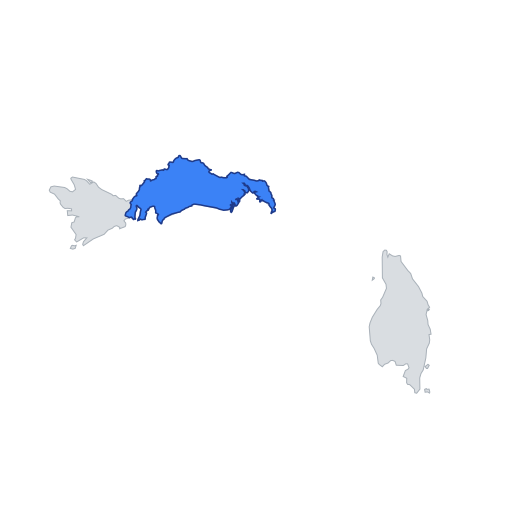 location of Sarawak within Malaysia, rotated 205°
{"feature_id": "MYS-1187", "entity_name": "Sarawak", "entity_type": "State", "adm_level": 1, "iso_a3": "MYS", "parent_name": "Malaysia", "parent_adm1": "", "projection": "mercator", "projection_center": [112.841, 2.907], "detail": "fine", "context": "in_parent", "style": "filled", "palette": "blue", "viewbox_px": 512, "rotation_deg": 205, "n_neighbors": 0, "source": "natural_earth", "source_scale": "10m", "svg_char_len": 9752}
<svg xmlns="http://www.w3.org/2000/svg" viewBox="0 0 512 512"><g transform="rotate(205 256 256)"><path d="M434.3,254.6L431.6,254.1L427.8,251.8L423.9,251.0L412.7,250.9L411.0,250.2L408.8,251.6L404.9,250.4L402.7,250.6L400.2,252.0L396.7,250.7L395.0,252.8L392.7,254.1L390.3,259.7L389.7,266.4L390.2,270.6L389.1,272.8L388.6,277.6L387.8,279.6L384.6,280.5L383.2,279.8L380.4,282.7L379.7,283.9L379.6,288.4L381.8,289.9L381.7,290.8L377.1,294.6L373.1,296.8L372.5,298.8L374.1,302.8L373.4,304.7L371.3,305.6L369.7,310.7L367.8,314.0L367.1,314.4L364.3,313.3L353.7,314.8L350.6,317.5L347.6,319.1L345.2,317.5L344.0,317.7L334.0,314.8L333.6,312.3L332.6,311.8L322.4,312.0L316.0,314.7L313.7,321.1L310.3,321.8L307.8,324.0L303.3,323.8L300.6,324.4L296.3,323.3L292.2,323.2L279.2,327.3L275.0,324.4L262.3,312.8L260.5,310.8L260.1,307.2L258.6,306.6L258.2,305.7L257.9,304.6L259.9,301.7L261.9,305.5L265.1,307.5L270.6,309.0L275.7,308.5L282.9,312.3L285.2,312.9L287.7,312.6L292.2,315.5L294.9,315.6L291.3,313.6L290.6,312.0L291.0,310.4L293.4,308.1L293.7,304.5L295.5,300.9L295.9,299.3L294.6,298.0L294.3,295.8L295.3,292.8L297.7,294.3L299.7,294.0L299.7,288.4L301.2,286.0L303.7,284.4L328.1,278.8L332.2,277.5L334.9,275.9L343.7,264.1L354.2,253.0L355.6,249.1L355.5,246.4L356.1,245.7L357.2,245.3L359.6,246.8L360.8,247.9L362.9,252.6L365.0,252.7L368.4,257.3L369.2,257.9L370.2,257.6L372.9,254.7L373.6,252.5L373.0,252.2L374.3,249.7L373.2,248.2L372.2,242.6L378.4,238.6L378.4,243.2L380.1,249.8L383.2,250.7L384.8,250.3L383.9,248.3L383.6,244.4L382.8,241.9L380.9,238.6L386.0,237.8L390.0,234.3L390.6,232.1L388.0,230.8L387.1,229.1L387.0,227.3L391.1,223.1L391.5,224.3L394.1,224.6L395.3,224.5L397.0,222.8L398.0,220.4L401.1,216.9L402.8,211.5L410.6,202.8L416.8,192.4L418.0,193.3L418.4,196.1L417.0,200.9L419.8,199.7L424.5,192.9L427.2,194.0L427.1,195.9L428.1,199.4L435.9,203.9L437.0,208.3L435.2,210.0L435.8,214.3L435.2,215.6L432.7,216.9L439.6,215.6L443.7,213.1L446.2,217.3L442.2,219.0L443.1,220.8L446.8,219.7L449.1,218.3L451.4,218.6L454.9,220.3L456.0,221.3L456.7,223.3L459.3,224.1L464.7,226.9L469.5,226.9L471.2,228.3L471.1,232.0L468.5,234.1L458.4,237.2L455.7,237.1L452.0,236.0L449.4,236.6L447.7,240.1L450.8,243.7L456.0,247.3L456.7,248.2L455.7,250.0L443.8,252.9L441.4,252.6L437.0,250.8L434.3,254.6ZM51.2,204.6L52.4,199.5L54.3,199.2L56.1,202.2L62.4,204.4L64.3,203.7L65.1,204.2L66.0,204.9L67.7,208.9L71.7,209.0L72.2,215.3L70.4,217.7L70.1,219.4L73.0,222.3L74.7,221.6L76.2,219.0L82.7,216.3L85.4,219.2L87.9,219.2L89.7,218.2L91.1,214.8L93.7,212.2L94.7,209.0L98.5,209.8L99.9,210.5L104.2,217.3L109.8,222.1L114.0,224.8L116.5,227.4L123.5,239.7L124.4,243.6L124.7,249.7L123.6,258.9L122.4,263.5L122.6,265.6L124.4,268.9L123.8,272.0L124.1,281.8L126.2,285.3L132.2,289.6L141.2,308.4L142.7,313.7L141.8,315.8L140.2,316.3L138.9,315.2L138.0,312.7L136.0,310.6L136.2,314.3L132.3,313.8L129.7,314.4L126.5,317.0L125.0,317.1L122.2,312.3L112.1,306.9L108.4,305.5L104.5,301.4L95.7,296.9L90.0,292.5L87.7,289.7L81.9,287.3L79.4,284.5L77.0,282.9L78.3,280.1L77.1,274.8L73.0,270.0L71.1,266.6L67.2,263.3L64.3,259.1L66.0,257.9L63.1,253.4L62.1,250.2L62.1,244.0L59.0,235.4L56.3,223.4L56.8,219.2L56.1,214.7L51.2,204.6ZM424.8,188.5L423.5,189.7L423.1,186.5L424.9,184.8L427.5,184.4L427.5,187.3L426.9,188.1L424.8,188.5ZM45.2,204.0L46.8,206.4L45.6,207.8L44.7,207.4L42.9,208.5L41.0,206.2L40.8,205.1L43.1,205.3L45.2,204.0ZM298.5,293.2L297.9,293.5L296.8,292.7L296.6,286.1L297.3,285.5L298.3,286.8L298.5,293.2ZM56.0,227.3L54.4,230.5L52.8,230.1L53.0,226.5L54.0,226.1L56.0,227.3ZM441.1,254.3L438.1,254.7L435.9,254.7L436.2,252.9L437.2,252.6L441.1,254.3ZM141.2,286.3L139.6,286.3L139.2,285.5L140.4,283.2L141.2,286.3ZM77.5,280.6L76.4,281.0L76.5,279.6L77.3,278.9L77.5,280.6Z" fill="#d9dde1" stroke="#a8b0b8" stroke-width="1"/><path d="M385.4,251.5L385.7,251.1L385.7,250.7L384.1,248.8L383.8,247.9L383.7,247.0L383.9,244.9L383.8,244.4L382.3,240.2L381.8,239.4L381.0,238.9L381.0,238.4L381.7,238.3L382.0,238.2L382.2,237.4L382.4,237.3L382.7,237.3L383.0,237.7L384.1,237.9L384.5,238.4L385.3,238.6L385.9,238.3L387.0,237.2L389.1,237.4L390.8,237.2L391.5,237.3L391.8,237.7L392.2,240.2L391.8,241.6L391.1,242.4L390.9,244.0L390.0,245.6L390.1,247.4L390.6,248.5L390.8,249.8L390.9,250.0L391.8,250.3L392.2,250.6L392.5,251.0L392.6,251.5L392.3,252.4L391.6,253.5L391.6,254.4L391.8,255.2L391.5,257.5L391.2,258.4L390.5,259.5L389.6,260.1L389.6,260.6L390.7,261.5L390.7,262.2L389.9,264.8L389.7,266.5L389.8,267.1L390.4,268.4L390.4,269.6L390.8,270.2L391.0,270.9L390.6,271.2L390.0,271.0L389.6,271.5L389.2,272.5L388.4,275.8L388.4,276.2L389.1,276.9L388.4,277.9L388.0,279.7L386.7,279.9L385.3,280.6L384.6,280.7L384.0,280.4L383.4,279.5L383.1,279.5L382.4,280.8L380.5,282.3L380.0,283.5L379.3,284.0L379.4,284.4L379.9,285.2L380.1,285.6L379.8,286.1L379.2,286.4L379.0,286.7L379.4,287.6L379.0,289.0L379.4,289.3L380.3,289.0L381.1,289.2L382.0,290.2L382.3,291.1L382.0,291.6L380.6,291.8L380.1,292.1L379.3,293.0L378.6,293.4L377.2,294.5L376.4,294.4L376.1,294.6L375.9,295.0L376.0,295.8L375.9,296.1L375.3,296.3L373.6,296.5L372.9,296.9L372.6,297.8L372.4,299.4L372.7,299.9L372.8,301.1L373.0,301.5L374.1,301.4L374.3,301.5L374.4,302.1L374.1,303.2L374.1,304.5L373.8,304.7L372.6,305.2L371.2,305.5L370.8,305.8L370.6,306.3L370.8,307.5L370.5,309.1L370.1,310.2L369.6,311.1L368.5,312.1L368.2,312.5L368.3,314.0L368.2,314.4L367.8,314.7L367.3,314.9L366.8,314.7L365.1,313.5L364.6,313.2L364.1,313.2L360.3,314.7L359.7,315.1L359.4,315.0L358.7,314.3L357.9,314.1L357.0,314.1L353.9,314.6L353.0,315.2L351.6,316.8L348.2,319.2L347.6,319.3L347.0,319.0L345.9,317.7L345.4,317.4L344.9,317.4L343.6,317.9L342.6,317.8L341.0,316.6L340.0,316.2L337.4,315.8L336.7,315.2L335.9,314.8L335.0,314.8L333.0,315.2L332.9,315.0L333.0,314.8L334.1,313.9L334.4,313.0L334.4,312.5L334.2,312.2L333.3,311.8L331.9,311.8L330.7,311.5L330.3,311.6L329.8,312.2L329.5,312.4L328.8,312.2L322.3,311.8L321.7,312.0L320.7,312.8L318.4,313.2L315.9,314.4L315.5,314.8L315.3,315.3L315.4,315.5L315.9,315.5L316.1,316.0L315.3,317.6L314.0,321.2L313.1,321.4L311.4,321.4L310.0,321.8L308.1,324.1L306.7,324.4L304.4,323.6L303.7,323.6L301.8,324.3L301.3,325.1L301.0,325.2L300.6,324.0L300.4,323.8L300.0,323.8L298.7,324.2L298.2,324.1L294.8,322.7L294.3,322.6L289.4,323.9L287.4,324.1L286.8,324.4L285.5,325.4L285.3,325.7L285.3,326.3L285.1,326.4L284.7,326.2L284.0,326.6L283.5,326.5L282.6,327.1L282.3,327.1L281.8,326.6L281.5,326.6L281.1,327.1L280.2,327.6L279.2,327.4L278.2,326.9L277.3,326.3L276.0,324.7L274.7,324.3L274.0,324.5L273.8,324.4L273.7,323.4L271.8,320.5L271.4,320.3L269.7,319.9L269.2,319.6L268.7,318.7L268.3,318.4L267.3,317.7L266.6,316.0L266.3,315.6L265.9,315.4L264.6,315.4L264.2,315.1L263.7,314.0L263.1,314.2L263.1,313.6L262.9,313.4L261.0,311.7L260.3,310.7L260.2,309.3L260.3,307.6L260.2,307.1L259.8,307.0L258.5,306.9L258.0,306.1L257.7,304.4L258.7,303.5L259.3,302.7L259.9,301.7L260.3,300.5L260.7,302.7L260.5,303.7L261.3,305.1L262.2,305.9L263.5,306.4L265.6,307.6L266.5,309.1L267.9,309.1L268.9,308.9L271.7,308.9L272.7,309.3L273.6,308.8L274.4,309.5L274.8,308.7L274.7,308.3L274.7,307.4L274.9,306.9L275.3,306.7L275.6,306.8L275.8,307.4L276.0,307.8L276.1,308.6L276.6,308.9L277.3,309.0L277.5,308.9L277.8,308.5L279.2,308.0L279.5,308.4L279.0,309.1L278.8,310.0L278.3,310.7L279.2,310.4L279.7,310.8L279.8,311.2L280.1,311.3L281.0,311.0L284.0,312.3L284.3,312.8L284.1,313.3L282.9,314.3L284.0,314.3L284.8,313.8L285.0,313.3L284.9,312.2L285.5,311.7L286.5,311.9L288.4,312.6L289.3,313.2L291.0,314.9L293.1,316.1L293.4,316.2L293.9,316.2L295.1,315.6L295.8,315.9L296.6,316.6L297.5,317.0L298.4,316.5L297.1,316.2L296.7,315.3L295.7,315.1L295.2,315.1L294.4,315.5L293.5,315.4L292.4,314.5L291.4,314.1L291.1,313.8L290.7,312.8L290.2,312.4L290.2,312.1L290.2,311.3L290.6,309.7L290.8,309.4L292.6,309.2L293.0,309.3L293.6,310.2L293.9,310.5L294.7,310.2L295.4,310.7L295.9,310.5L295.2,310.3L294.8,310.0L293.8,309.8L293.8,309.6L293.5,309.1L292.8,308.8L292.3,307.9L292.1,307.3L292.9,306.9L292.4,306.4L292.5,306.0L293.8,303.4L294.5,301.3L294.5,300.8L294.6,300.7L295.3,300.9L295.9,300.9L295.3,300.4L295.3,299.9L295.6,299.6L297.4,299.9L297.8,299.5L298.3,298.8L298.1,298.6L297.8,298.7L297.6,298.9L297.4,299.5L297.2,299.5L296.4,299.0L295.9,299.0L294.1,299.2L293.9,298.4L294.1,298.1L294.4,297.7L294.8,297.5L295.3,297.6L295.0,297.2L294.2,296.9L294.6,293.8L294.9,293.2L295.4,292.8L295.6,293.1L296.6,293.5L297.4,294.4L298.0,294.9L298.9,294.3L299.8,294.2L300.8,294.7L300.6,294.3L299.3,293.0L298.9,291.7L300.7,291.9L301.1,291.6L301.4,291.6L300.1,291.2L299.3,290.5L299.2,289.6L299.7,287.4L300.0,286.8L301.6,285.6L304.7,283.8L308.9,283.0L312.2,282.9L324.6,279.6L327.9,278.9L329.3,278.4L333.3,277.2L334.1,276.8L335.2,275.6L335.7,274.7L335.4,274.2L337.5,272.6L338.3,271.2L340.0,269.7L340.4,269.1L340.7,268.1L341.2,267.7L342.5,266.1L343.0,265.2L343.4,263.8L344.8,262.9L350.1,258.4L354.7,252.4L355.1,251.3L355.0,250.4L355.5,249.7L355.7,248.8L355.7,247.7L355.2,245.6L355.3,245.3L355.8,245.1L357.3,245.8L358.5,246.0L359.6,246.8L360.4,247.2L360.6,247.6L361.2,247.8L361.4,248.2L361.7,248.7L361.9,249.4L361.9,250.0L362.2,250.4L362.4,251.4L361.9,252.0L362.1,252.5L363.8,252.8L365.1,252.7L365.3,252.9L365.8,254.3L366.3,255.2L368.3,257.0L368.7,257.9L369.6,258.0L370.7,257.4L372.7,255.5L373.1,253.8L373.8,252.7L373.7,252.3L373.0,252.6L373.0,252.1L374.0,250.9L374.4,249.7L374.5,249.1L373.5,248.8L373.1,248.2L372.8,244.4L372.1,242.7L372.1,242.3L373.5,241.5L374.6,240.6L375.1,240.5L376.3,240.6L376.7,240.4L376.9,239.3L378.1,238.2L378.3,238.7L378.4,240.3L378.3,242.1L378.4,243.9L378.6,244.7L379.5,247.3L379.8,249.5L380.3,250.0L381.5,250.4L382.0,250.5L382.6,250.5L383.4,250.9L383.8,250.9L384.9,251.5L385.4,251.5ZM299.0,293.7L299.0,294.2L298.6,293.9L298.1,294.4L297.5,293.2L296.9,292.9L296.8,292.4L297.0,290.5L296.6,286.9L296.6,285.8L296.9,285.1L297.7,285.4L298.1,286.1L298.4,287.0L298.4,290.8L298.6,292.5L299.0,293.7Z" fill="#3b82f6" stroke="#1e3a8a" stroke-width="1.5"/></g></svg>